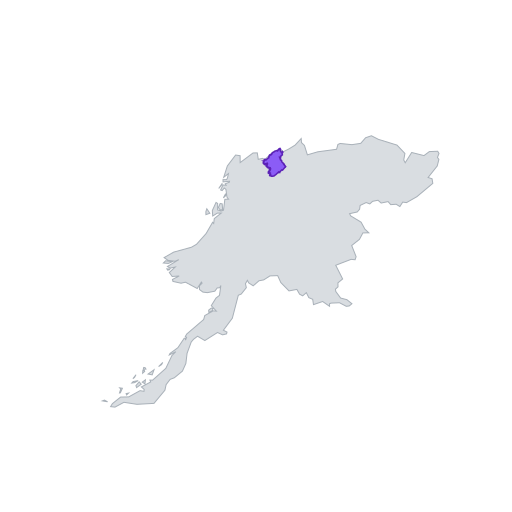 Hakha, Chin, Myanmar (highlighted), rotated 55°
{"feature_id": "60261553B91300055563286", "entity_name": "Hakha", "entity_type": "district", "adm_level": 2, "iso_a3": "MMR", "parent_name": "Myanmar", "parent_adm1": "Chin", "projection": "mercator", "projection_center": [93.452, 22.539], "detail": "fine", "context": "in_parent", "style": "filled", "palette": "violet", "viewbox_px": 512, "rotation_deg": 55, "n_neighbors": 0, "source": "geoboundaries", "source_scale": "gbopen_adm2", "svg_char_len": 7911}
<svg xmlns="http://www.w3.org/2000/svg" viewBox="0 0 512 512"><g transform="rotate(55 256 256)"><path d="M328.8,236.8L324.0,234.4L320.4,236.6L314.9,235.8L315.4,240.6L312.3,242.2L306.8,241.7L303.5,249.0L292.0,250.9L284.5,249.5L280.3,256.0L280.0,263.4L278.0,267.8L278.8,275.4L273.9,277.4L271.0,277.0L272.6,280.5L276.4,282.1L278.7,289.9L278.0,293.0L293.4,311.1L298.1,325.3L301.7,323.4L302.9,324.8L301.4,328.6L296.6,331.4L295.9,346.4L288.2,349.9L288.4,354.9L289.3,358.4L296.2,368.3L303.8,375.1L308.1,382.3L308.9,392.8L307.8,397.1L309.8,403.4L313.7,407.6L318.2,424.1L309.2,438.6L300.1,448.1L298.9,458.2L296.0,461.5L294.6,458.4L293.9,447.8L298.4,441.1L299.8,428.2L302.6,425.4L301.1,424.1L297.5,425.0L298.8,414.5L296.8,414.1L298.4,411.9L296.3,394.3L289.3,381.9L288.4,376.6L287.3,383.8L286.5,382.4L286.3,372.6L282.2,362.0L282.7,361.0L284.5,362.0L282.8,359.5L281.4,360.1L280.2,357.5L278.0,335.3L275.4,332.1L276.4,322.5L278.4,320.1L271.0,321.1L267.5,312.9L267.3,308.5L260.0,301.7L261.2,303.9L259.9,306.1L261.2,309.9L258.1,316.9L255.1,320.2L251.1,321.5L248.0,319.5L247.3,315.7L246.0,315.7L248.9,322.8L237.0,328.8L235.3,333.0L229.2,338.6L227.3,337.9L228.3,330.4L224.7,336.4L219.8,336.5L218.7,328.5L216.7,333.2L213.8,334.6L214.7,321.3L213.9,325.2L209.2,330.5L204.6,332.2L205.6,321.2L211.8,303.8L212.3,298.0L209.0,284.0L203.5,272.2L205.1,272.0L201.4,268.7L200.9,259.9L198.7,263.0L198.4,268.5L193.7,265.7L189.2,258.0L191.0,257.3L196.2,261.0L199.1,258.9L199.9,256.4L191.7,249.0L193.7,245.9L191.1,246.0L184.1,242.4L182.1,243.0L183.0,246.2L181.6,247.1L178.9,242.3L180.9,239.9L179.2,239.8L180.3,235.5L179.6,234.8L176.4,240.5L174.5,239.2L176.6,236.3L175.7,234.6L172.7,231.3L173.0,237.3L165.8,227.8L161.6,214.8L164.7,211.5L170.4,215.4L169.9,199.3L172.3,195.8L178.1,198.7L179.8,194.6L182.0,193.6L180.5,182.5L182.3,175.3L186.2,174.1L187.1,168.3L187.6,160.4L185.7,151.6L189.2,153.7L193.2,152.9L202.6,155.9L206.1,145.6L214.8,128.8L211.6,124.9L212.1,122.5L219.8,113.6L223.8,105.6L222.0,98.4L223.7,92.5L230.7,88.8L246.0,76.9L257.4,75.2L262.1,79.9L265.2,80.3L260.5,69.1L270.1,60.8L269.9,54.1L274.4,47.1L277.0,47.3L279.3,50.8L281.8,50.8L286.2,55.9L290.4,70.0L293.7,67.5L297.9,69.5L299.7,90.2L298.6,102.1L296.0,104.9L298.0,109.8L294.0,111.5L291.2,116.2L287.2,116.6L284.4,123.1L280.3,124.1L278.1,129.1L278.6,132.9L275.4,135.1L274.3,141.7L277.1,144.3L278.0,147.8L275.0,155.1L277.5,155.4L288.6,150.5L296.4,151.4L301.7,150.3L298.4,155.2L301.7,161.7L302.3,171.6L314.0,174.4L315.9,177.0L313.3,180.0L309.3,196.0L324.5,198.2L325.0,204.3L328.3,206.5L328.7,209.9L330.8,211.0L339.0,210.8L343.9,206.6L350.1,204.8L350.4,208.3L349.0,210.9L342.2,214.4L337.6,221.6L337.3,223.2L339.4,224.6L331.5,227.5L328.8,236.8ZM193.9,253.8L198.8,256.7L197.8,258.9L194.8,259.0L192.4,255.2L193.9,253.8ZM290.7,404.8L293.8,409.2L290.8,412.1L290.7,404.8ZM193.4,273.3L190.9,271.6L189.1,269.2L194.5,269.3L193.4,273.3ZM295.2,423.6L295.3,429.3L293.3,428.7L292.1,423.9L295.2,423.6ZM211.8,332.1L208.6,335.9L208.1,332.7L212.6,328.0L211.8,332.1ZM275.2,327.0L273.2,325.8L273.0,322.4L274.5,321.5L275.7,323.1L275.2,327.0ZM288.8,430.6L288.4,428.7L290.5,424.0L290.1,428.1L288.8,430.6ZM287.7,441.3L290.3,445.6L289.9,446.4L287.4,443.1L285.8,443.3L287.7,441.3ZM297.0,420.3L294.1,421.5L294.0,417.6L297.0,420.3ZM290.3,461.2L286.6,464.9L287.1,462.8L290.3,461.2ZM178.0,242.9L179.3,247.8L177.1,242.0L178.0,242.9ZM290.8,395.7L290.7,399.2L289.7,393.4L290.8,395.7ZM189.2,246.3L189.7,249.4L187.5,245.1L189.2,246.3ZM287.0,416.1L284.9,414.4L285.7,413.1L286.7,413.4L287.0,416.1ZM285.5,411.0L284.2,413.4L282.9,411.9L283.9,410.9L285.5,411.0ZM285.8,425.1L285.9,427.2L284.4,422.4L285.8,425.1ZM216.9,336.5L215.4,336.4L217.3,334.0L217.6,334.9L216.9,336.5ZM295.6,441.7L294.2,441.3L295.2,439.0L295.6,441.7Z" fill="#d9dde1" stroke="#a8b0b8" stroke-width="1"/><path d="M186.0,174.4L186.1,174.5L185.9,174.7L185.7,175.1L185.6,175.3L185.4,175.6L185.2,175.6L185.0,175.9L184.7,175.9L184.3,175.8L184.0,175.8L183.7,175.7L183.4,175.4L183.3,175.1L183.1,174.8L182.7,174.7L182.5,174.9L182.2,175.0L182.0,174.8L181.9,174.8L181.8,174.6L181.7,174.6L181.7,174.8L181.5,175.0L181.5,175.5L181.4,175.9L181.6,176.2L181.8,176.2L181.8,176.3L181.9,176.5L181.7,176.7L181.8,177.0L181.9,177.3L181.9,177.5L182.0,177.7L182.3,177.9L182.3,178.1L182.1,178.1L181.8,178.0L181.7,178.0L181.6,178.3L181.6,178.6L181.5,178.8L181.4,179.0L181.3,179.6L181.2,179.8L181.1,180.0L181.0,180.3L180.9,180.4L180.9,180.5L180.9,180.9L181.1,181.7L181.0,181.9L181.0,182.1L180.9,182.5L180.9,182.9L180.9,183.4L180.9,183.6L181.1,183.8L181.1,184.3L181.4,184.6L181.5,184.6L181.5,184.8L181.8,185.4L181.8,185.5L181.5,185.7L181.4,185.9L181.2,186.0L181.2,186.5L181.1,186.8L181.5,186.9L181.4,187.2L181.5,187.4L181.7,187.6L181.6,188.0L181.8,188.4L182.2,188.5L182.5,188.8L182.8,189.1L182.7,189.2L182.7,189.4L182.8,189.5L182.8,190.0L182.7,190.3L182.8,190.6L182.8,190.8L182.8,191.1L182.9,191.3L182.9,191.5L182.9,191.8L182.9,192.0L183.0,192.1L183.0,192.6L183.1,192.8L183.0,193.0L182.6,193.2L182.2,193.1L181.9,193.2L181.8,193.5L182.0,193.6L182.0,194.1L182.2,194.3L182.2,194.5L182.3,194.6L182.5,194.5L182.5,194.8L182.6,194.7L182.7,194.8L182.7,195.0L182.8,195.1L183.0,195.2L182.9,195.4L182.8,195.5L183.2,195.4L183.5,195.5L183.6,195.8L183.7,196.0L183.7,196.4L183.8,196.4L183.8,196.5L184.1,196.8L184.3,196.8L184.4,196.7L184.6,196.8L184.8,196.8L184.8,196.7L184.7,196.6L184.6,196.4L185.0,196.4L185.2,196.5L185.3,196.5L185.4,196.3L185.5,196.3L185.8,196.4L185.9,196.2L186.1,196.2L186.0,195.9L186.0,195.7L185.9,195.7L186.0,195.6L186.2,195.3L186.2,195.1L186.3,195.0L186.2,194.9L186.3,194.8L186.3,194.7L186.2,194.7L186.4,194.4L186.4,194.2L186.3,193.9L186.3,193.6L186.5,193.6L186.8,193.6L187.1,193.7L187.1,193.8L187.0,194.0L187.4,194.3L187.5,194.5L187.7,194.8L187.8,195.0L187.8,195.3L187.9,195.5L187.7,195.7L187.8,195.8L187.8,196.0L188.1,196.1L188.2,195.9L188.2,195.7L188.4,195.5L188.6,195.6L188.6,195.4L188.8,195.6L189.1,195.7L189.3,195.6L189.5,195.7L189.5,195.9L189.9,195.9L189.9,195.7L190.0,195.6L190.0,195.4L190.3,195.5L190.5,195.5L190.8,195.5L191.1,195.3L191.3,195.1L191.5,195.0L191.5,194.9L191.4,194.8L191.3,194.7L191.1,194.5L191.2,194.4L191.4,194.2L191.5,194.2L191.7,193.9L191.8,193.8L192.1,194.1L192.3,194.3L192.5,194.3L192.7,194.1L192.9,194.0L193.0,194.1L193.1,194.3L193.4,194.5L193.5,194.6L193.7,194.9L193.6,195.0L193.4,195.1L193.0,195.4L193.1,195.9L193.3,196.0L193.6,196.1L193.8,196.0L194.2,196.0L194.3,196.1L194.4,196.3L194.5,196.5L194.4,196.7L194.3,196.9L194.0,197.1L194.0,197.3L194.3,197.4L194.3,197.5L194.4,197.9L194.6,198.0L194.8,198.1L194.8,197.7L195.1,197.5L195.4,197.3L195.5,197.4L195.5,197.6L195.6,197.8L195.7,197.6L195.8,197.5L195.8,197.1L196.0,196.9L196.1,197.2L196.2,197.3L196.5,197.1L197.0,197.1L197.1,197.4L197.3,197.3L197.4,197.6L197.3,198.3L197.5,198.4L197.7,198.5L197.9,198.7L198.0,198.7L198.2,198.0L198.2,197.9L198.3,197.8L198.4,198.0L198.5,198.0L199.0,198.0L199.3,197.7L199.5,197.6L199.9,197.0L200.0,197.0L200.8,195.3L200.7,194.2L200.7,193.0L200.3,190.5L201.1,188.9L200.3,188.9L200.5,188.6L200.9,188.6L200.3,185.9L200.3,185.3L200.9,185.0L200.0,181.6L200.1,181.2L199.8,180.7L199.8,180.4L199.7,180.4L199.4,180.5L199.1,180.4L199.0,180.6L198.7,180.6L198.3,180.7L198.1,180.6L197.8,180.6L197.4,180.7L197.3,180.4L197.2,180.2L196.8,180.2L196.4,180.6L196.2,180.5L195.9,180.6L195.6,180.5L195.4,180.6L195.1,180.5L194.9,180.6L194.6,180.6L193.8,180.9L193.6,180.9L193.1,180.7L192.9,180.6L192.8,180.4L192.6,180.3L192.2,180.5L192.1,180.4L191.8,180.5L191.7,180.6L191.4,180.5L191.3,180.8L190.8,180.7L190.6,180.6L190.4,180.5L190.3,180.1L190.2,180.0L189.8,180.0L189.4,180.3L188.7,180.1L188.8,180.0L188.8,179.9L188.9,179.6L188.8,179.4L188.9,179.2L188.7,179.2L188.3,178.6L188.4,178.4L188.4,178.2L188.5,178.1L188.4,177.7L188.3,177.3L188.3,177.1L188.3,176.9L188.3,176.7L188.3,176.4L187.9,176.2L187.6,176.0L187.1,176.0L186.8,175.8L186.7,175.7L186.7,175.4L186.7,175.2L186.6,174.9L186.4,174.7L186.3,174.4L186.2,174.4L186.0,174.4Z" fill="#8b5cf6" stroke="#5b21b6" stroke-width="1.5"/></g></svg>